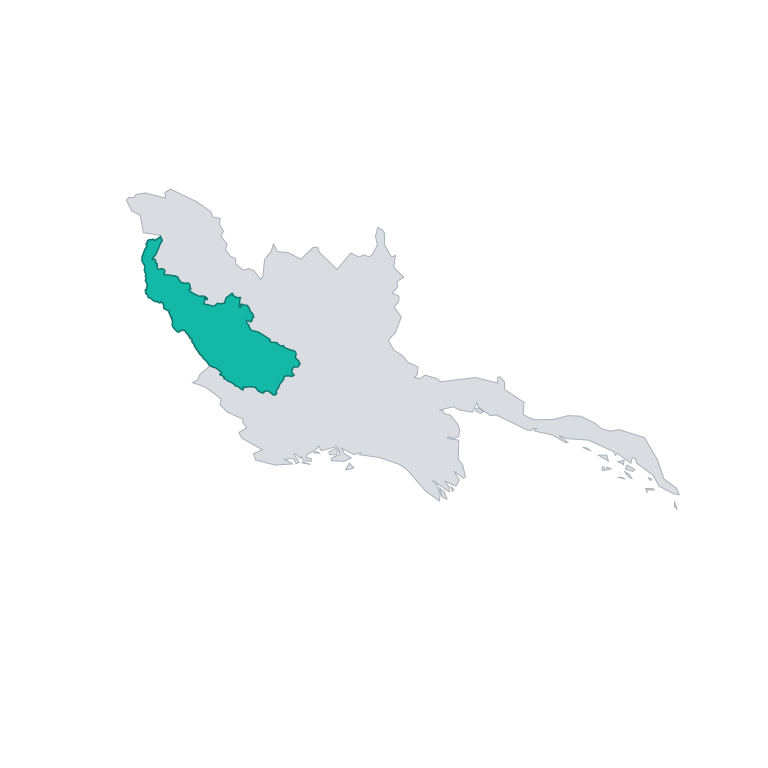 location of Sagaing within Myanmar, rotated 301°
{"feature_id": "MMR-3302", "entity_name": "Sagaing", "entity_type": "Division", "adm_level": 1, "iso_a3": "MMR", "parent_name": "Myanmar", "parent_adm1": "", "projection": "robinson", "projection_center": [95.526, 24.485], "detail": "fine", "context": "in_parent", "style": "filled", "palette": "teal", "viewbox_px": 768, "rotation_deg": 301, "n_neighbors": 0, "source": "natural_earth", "source_scale": "10m", "svg_char_len": 9794}
<svg xmlns="http://www.w3.org/2000/svg" viewBox="0 0 768 768"><g transform="rotate(301 384 384)"><path d="M485.6,346.0L478.8,342.4L473.8,345.7L466.1,344.4L467.0,351.6L462.7,354.0L454.9,353.4L450.3,364.4L434.3,367.2L423.8,365.2L418.1,375.0L417.7,386.2L414.9,392.9L416.1,404.5L409.3,407.6L405.1,406.9L407.4,412.2L412.7,414.6L416.0,426.6L415.0,431.3L436.7,459.1L443.3,480.9L448.5,478.0L450.0,480.2L448.0,486.0L441.3,490.4L440.4,513.5L429.6,519.0L429.9,526.8L431.3,532.2L440.9,547.6L451.7,558.1L457.8,569.4L459.0,585.8L457.5,592.6L460.3,602.5L465.9,609.0L472.2,634.9L459.6,657.8L446.8,672.8L445.2,688.8L441.1,694.0L439.1,689.0L438.1,672.3L444.4,661.8L446.3,641.3L450.2,637.0L448.1,635.0L443.1,636.4L444.8,619.9L442.0,619.2L444.3,615.7L441.2,588.2L431.3,568.8L430.0,560.5L428.5,571.7L427.3,569.5L427.0,554.3L421.3,537.7L421.9,536.3L424.5,537.7L422.1,533.9L420.1,534.8L418.4,530.7L415.3,496.3L411.6,491.4L413.0,476.6L415.7,472.9L405.3,474.4L400.5,461.9L400.1,455.0L389.8,444.7L391.5,447.9L389.8,451.4L391.5,457.2L387.3,468.1L383.1,473.0L377.5,475.0L373.1,471.9L372.1,466.2L370.3,466.1L374.3,477.1L357.7,486.4L355.3,492.9L346.7,501.5L344.1,500.4L345.4,488.8L340.4,498.0L333.5,498.3L332.0,485.9L329.2,493.1L325.2,495.3L326.4,474.8L325.3,480.7L318.7,488.9L312.2,491.6L313.7,474.6L322.4,447.8L323.1,439.0L318.5,417.6L310.8,399.6L313.0,399.3L307.9,394.2L307.2,380.8L304.1,385.6L303.7,394.0L297.2,389.7L291.0,378.1L293.5,377.0L300.7,382.5L304.7,379.4L305.8,375.6L294.5,364.3L297.3,359.7L293.6,359.8L283.9,354.3L281.1,355.3L282.4,360.2L280.3,361.5L276.6,354.2L279.4,350.6L277.0,350.5L278.6,343.9L277.6,343.0L273.1,351.6L270.4,349.6L273.4,345.2L272.2,342.7L268.1,337.6L268.4,346.7L258.4,332.4L252.7,313.0L257.1,308.0L265.0,313.7L264.4,289.8L267.7,284.6L275.8,288.9L278.1,282.8L281.3,281.2L279.2,264.7L281.8,254.1L287.2,252.3L288.4,243.7L289.2,232.1L286.6,219.2L291.5,222.2L297.0,221.1L310.0,225.5L314.8,210.4L326.9,185.8L322.4,180.2L323.2,176.7L333.9,163.8L339.3,152.2L337.0,141.9L339.2,133.4L348.9,128.0L369.9,110.9L385.6,108.6L392.0,115.3L396.3,115.9L389.8,99.9L402.9,88.0L402.5,78.6L408.7,68.7L412.2,69.0L415.4,73.9L418.8,73.9L424.9,81.1L430.8,101.2L435.3,97.5L441.0,100.4L443.8,130.0L442.3,147.2L438.9,151.2L441.6,158.3L436.1,160.8L432.3,167.6L426.7,168.2L423.0,177.6L417.4,179.0L414.4,186.3L415.1,191.9L410.6,195.1L409.1,204.7L413.1,208.5L414.3,213.6L410.2,224.3L413.7,224.8L429.0,217.6L439.8,219.0L447.1,217.2L442.6,224.5L447.2,234.0L448.2,248.7L464.4,252.8L467.0,256.6L463.5,261.1L458.0,284.8L479.2,288.1L479.9,297.2L484.5,300.5L485.2,305.6L488.0,307.2L499.5,306.9L506.2,300.7L514.8,298.0L515.3,303.2L513.4,307.0L504.0,312.3L497.6,323.1L497.2,325.5L500.2,327.6L489.2,332.0L485.6,346.0ZM297.5,371.7L304.3,376.1L303.0,379.3L298.7,379.5L295.4,373.8L297.5,371.7ZM433.4,604.5L437.8,611.5L433.5,616.1L433.4,604.5ZM296.7,401.3L293.2,398.7L290.7,395.1L298.3,395.1L296.7,401.3ZM439.8,634.1L439.9,643.1L437.1,642.2L435.4,634.6L439.8,634.1ZM322.4,491.5L317.8,497.2L317.1,492.3L323.4,485.2L322.4,491.5ZM411.3,483.5L408.5,481.8L408.1,476.5L410.3,475.0L412.0,477.6L411.3,483.5ZM430.8,645.2L430.2,642.1L433.1,634.8L432.7,641.2L430.8,645.2ZM429.2,662.0L433.0,668.8L432.4,670.2L428.9,664.8L426.7,665.2L429.2,662.0ZM442.3,629.0L438.3,630.9L438.0,624.6L442.3,629.0ZM433.0,693.5L427.9,699.3L428.5,696.1L433.0,693.5ZM275.4,355.2L277.2,362.5L274.0,353.8L275.4,355.2ZM433.5,590.3L433.3,595.9L432.0,586.8L433.5,590.3ZM291.0,360.4L291.6,365.0L288.7,358.4L291.0,360.4ZM428.2,622.4L425.3,619.6L426.3,617.6L427.8,618.1L428.2,622.4ZM426.1,614.3L424.2,618.1L422.3,615.8L423.9,614.2L426.1,614.3ZM426.6,636.5L426.7,639.8L424.5,632.2L426.6,636.5ZM329.4,498.2L327.3,498.1L330.1,494.4L330.4,495.8L329.4,498.2ZM440.4,662.6L438.5,662.0L439.9,658.4L440.4,662.6Z" fill="#d9dde1" stroke="#a8b0b8" stroke-width="1"/><path d="M384.3,107.5L385.4,107.7L386.4,108.2L386.9,108.6L387.2,109.0L387.8,110.1L388.2,110.5L389.1,111.4L389.3,111.6L388.8,112.9L388.8,113.4L389.5,114.0L393.4,115.9L394.1,116.7L394.5,116.8L395.1,116.7L393.1,119.7L392.4,120.1L392.0,120.1L389.8,120.0L386.6,120.2L384.8,120.8L384.1,121.0L382.5,121.0L377.4,121.7L376.4,121.6L374.3,121.0L371.8,121.0L371.4,121.2L371.4,121.4L372.8,122.4L372.9,122.6L372.5,123.5L372.4,124.6L372.1,124.9L370.9,125.3L370.6,125.5L370.4,125.7L370.4,127.2L370.2,127.7L366.5,130.1L366.0,130.6L365.8,131.1L366.0,131.6L366.9,132.5L367.5,133.0L368.3,134.0L368.6,135.1L368.9,136.7L368.6,137.2L368.2,137.7L367.4,138.1L366.6,138.5L365.0,138.9L364.7,139.5L364.7,140.2L364.9,140.5L366.4,142.8L366.7,143.4L366.9,143.9L366.9,144.8L367.0,145.1L367.9,146.4L368.3,147.8L369.0,148.8L369.4,151.4L369.2,152.6L368.8,153.2L368.2,153.6L366.8,157.4L366.7,157.9L366.8,158.4L367.3,159.7L367.7,161.2L367.9,161.7L369.5,163.7L369.8,164.7L369.7,165.4L369.3,166.1L368.8,166.7L367.1,168.1L366.3,169.2L366.0,169.4L365.7,169.4L364.6,168.3L364.4,168.2L364.2,168.3L363.9,168.7L363.6,170.0L363.4,173.0L363.8,179.3L364.2,180.7L365.6,182.7L366.3,183.9L366.6,184.8L366.8,186.0L366.7,186.6L366.5,188.0L366.2,188.6L365.7,188.9L365.1,188.9L365.0,188.7L364.9,188.1L365.2,187.2L365.5,186.1L365.4,185.7L365.1,185.6L364.5,186.5L363.6,187.1L361.5,187.8L360.5,188.2L359.9,188.7L361.2,192.1L362.7,197.3L363.0,198.0L363.7,198.5L364.2,198.7L366.9,199.4L367.5,199.8L368.6,202.8L369.4,203.7L370.6,204.8L371.4,205.8L371.7,205.8L372.3,205.2L372.7,205.1L374.5,204.8L376.0,204.3L376.9,204.4L381.1,206.2L382.7,206.6L383.6,207.2L383.4,207.9L382.6,208.6L382.3,209.0L382.2,209.3L382.2,212.9L382.3,213.6L382.6,214.3L383.5,215.2L384.2,216.5L383.0,216.7L381.7,217.1L376.6,219.6L376.2,220.0L375.9,220.4L375.8,220.8L375.9,221.3L376.2,221.8L376.5,221.9L377.3,221.0L377.8,220.6L378.3,220.4L378.7,220.5L379.0,220.6L379.3,221.0L379.5,223.0L379.8,223.8L380.1,224.8L380.8,225.7L380.9,226.5L380.8,226.8L379.2,230.1L378.9,230.4L378.4,230.6L378.1,230.9L377.4,231.9L377.4,232.1L377.2,232.8L377.2,233.4L376.8,234.5L376.1,235.8L375.7,236.2L375.3,236.6L374.4,237.7L373.9,238.0L373.0,237.2L372.7,237.2L372.2,237.3L370.9,238.1L370.2,238.2L368.6,237.6L368.3,237.3L368.2,237.0L368.2,236.6L368.5,235.2L368.5,234.8L368.2,234.1L367.8,233.9L367.6,233.8L366.9,233.9L366.2,234.6L365.6,235.4L364.8,237.5L363.0,239.9L362.3,241.0L361.9,242.3L361.9,243.5L362.7,246.3L363.3,247.7L363.8,250.0L363.5,263.0L363.5,263.3L363.3,263.6L362.9,263.8L362.2,263.9L361.9,264.0L361.7,265.1L362.1,266.6L364.1,270.4L364.3,271.1L364.1,271.7L363.7,272.4L363.5,273.0L363.5,275.7L363.7,276.4L364.3,277.1L365.0,277.8L365.0,278.1L364.8,278.6L364.3,279.1L364.2,279.5L364.2,281.7L364.6,283.7L364.8,286.0L365.3,287.1L366.0,289.2L366.1,290.5L365.8,291.6L365.2,292.5L364.4,293.2L363.8,293.5L362.7,293.9L362.1,293.9L361.5,293.7L361.2,294.1L360.8,294.9L359.8,299.0L359.3,299.9L357.9,301.7L357.7,301.5L357.1,301.3L354.6,301.7L352.7,298.9L351.8,297.8L351.3,297.7L350.6,297.7L346.9,298.5L346.4,298.9L346.1,300.4L345.7,301.3L345.7,301.5L345.3,302.3L344.1,301.8L343.6,301.5L343.0,300.8L342.6,300.5L342.4,298.8L341.4,297.6L340.9,296.5L340.0,295.4L339.8,295.0L338.6,294.7L337.6,294.9L336.9,295.5L333.0,295.3L330.8,294.8L329.4,294.9L328.9,295.1L327.7,295.2L326.1,295.5L324.2,295.1L323.7,295.1L322.1,295.7L321.5,296.0L320.9,296.7L320.4,296.9L319.9,296.8L319.3,296.6L318.6,296.1L318.0,295.7L317.8,295.4L317.6,295.0L318.3,289.4L318.2,288.4L317.9,287.1L317.7,286.9L317.4,286.8L316.8,286.3L316.3,285.3L315.7,285.2L314.9,285.5L314.3,285.4L313.8,284.7L313.6,284.1L313.2,280.2L313.2,279.7L313.5,278.9L314.6,276.3L314.8,275.9L314.6,274.8L313.8,272.9L312.5,270.2L311.2,268.6L310.4,267.8L310.2,267.2L310.0,266.7L309.7,266.4L309.7,265.8L309.4,265.1L309.0,264.9L308.6,265.5L308.0,265.9L306.3,266.1L306.0,263.9L306.6,261.4L306.4,259.2L305.9,257.9L306.0,257.5L306.6,254.8L306.7,253.4L306.7,252.7L306.2,249.5L306.1,247.7L306.5,245.8L306.5,245.2L306.2,244.0L306.5,243.8L307.2,243.8L307.5,243.7L307.6,243.4L307.8,240.9L307.5,239.6L307.5,238.6L307.7,238.3L308.1,238.2L309.1,238.9L309.8,239.1L310.2,238.7L310.4,238.3L310.6,235.8L311.2,231.7L311.0,230.8L310.5,229.4L310.3,228.8L310.2,226.6L310.0,226.3L310.1,226.2L310.2,225.5L310.2,224.1L310.5,223.4L311.8,221.5L312.1,219.7L312.2,219.4L312.5,219.0L312.7,217.2L313.1,215.9L314.5,212.3L314.7,210.6L314.9,210.1L315.9,209.0L315.9,208.0L316.5,207.3L316.8,206.9L316.9,205.6L317.1,205.2L317.8,204.6L318.3,202.9L318.5,202.4L318.8,202.0L320.1,201.1L320.5,200.3L321.1,198.0L321.3,197.5L322.5,197.3L322.9,197.1L323.2,196.6L323.5,196.0L323.7,193.8L324.9,192.1L325.4,191.2L325.9,188.3L326.4,187.6L326.9,186.6L327.1,185.2L326.9,183.8L326.4,182.8L325.3,182.3L324.2,182.0L323.1,181.6L322.4,180.6L322.4,179.2L324.0,174.1L324.7,173.0L325.5,172.1L326.5,171.4L327.0,171.1L328.1,171.0L328.6,170.8L329.1,170.4L329.9,169.1L330.3,168.6L330.5,168.4L331.1,168.4L331.4,168.3L331.4,168.1L331.2,167.8L331.2,167.6L331.7,167.2L334.3,163.2L334.6,162.9L335.4,162.7L335.7,162.5L335.9,161.9L335.8,161.2L335.3,157.7L335.3,157.0L335.5,156.3L335.8,156.0L336.9,155.5L337.4,155.2L339.5,152.6L339.9,151.9L339.8,151.2L339.5,150.8L338.4,150.5L338.0,150.1L337.7,147.8L338.2,147.0L338.1,146.8L337.4,146.5L337.2,146.3L336.8,145.2L336.7,143.9L336.7,142.5L336.9,141.5L337.3,140.3L337.4,139.8L337.3,139.2L336.7,138.1L336.7,137.5L337.1,136.9L337.5,136.5L338.4,135.5L338.7,135.0L338.8,134.6L338.9,133.2L339.0,132.9L339.3,132.6L339.6,132.5L340.5,132.2L341.2,131.3L341.4,131.0L342.0,130.9L342.4,131.6L343.0,131.7L344.6,131.0L346.9,130.2L347.4,129.9L348.2,128.7L348.9,127.3L349.7,126.2L350.9,125.9L352.1,126.0L352.6,125.8L353.3,124.3L353.6,123.8L354.0,123.6L355.4,123.5L355.7,123.3L356.8,121.6L358.0,120.0L358.8,119.6L360.4,119.3L361.2,118.9L362.0,118.1L362.7,117.1L363.7,115.0L364.8,113.3L366.6,112.0L368.6,111.1L376.2,109.7L378.2,109.8L378.6,109.9L379.2,109.9L379.8,109.7L380.3,109.4L380.8,108.7L381.1,108.1L381.4,107.8L382.2,108.0L382.8,108.4L383.2,108.4L383.5,108.2L384.0,107.7L384.3,107.5Z" fill="#14b8a6" stroke="#0f766e" stroke-width="1.5"/></g></svg>